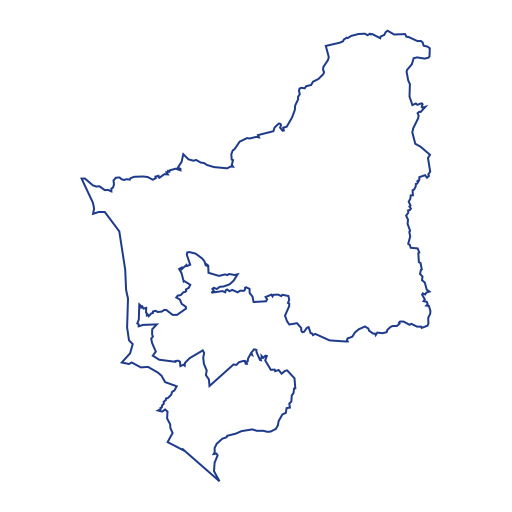 outline of Zapotitlán, Puebla, Mexico
{"feature_id": "50627088B75736372567986", "entity_name": "Zapotitlán", "entity_type": "district", "adm_level": 2, "iso_a3": "MEX", "parent_name": "Mexico", "parent_adm1": "Puebla", "projection": "mercator", "projection_center": [-97.535, 18.262], "detail": "fine", "context": "isolated", "style": "outline", "palette": "blue", "viewbox_px": 512, "rotation_deg": 0, "n_neighbors": 0, "source": "geoboundaries", "source_scale": "gbopen_adm2", "svg_char_len": 6050}
<svg xmlns="http://www.w3.org/2000/svg" viewBox="0 0 512 512"><path d="M219.5,481.3L214.0,471.2L214.6,462.7L217.6,455.4L216.5,453.6L213.7,454.0L214.7,452.3L214.6,448.0L216.7,443.8L222.3,438.7L226.5,437.3L227.2,435.8L235.6,433.7L241.6,431.1L252.3,429.4L256.8,430.8L263.4,430.8L267.2,431.8L270.6,431.6L275.9,428.9L277.9,425.3L278.6,421.2L282.3,414.5L285.8,412.9L286.6,408.1L289.9,407.6L289.3,403.6L291.3,401.7L291.8,395.4L293.5,393.1L294.1,388.5L295.3,388.3L294.5,378.3L287.2,370.4L285.0,370.9L281.6,373.7L278.6,370.0L275.2,371.2L274.6,369.6L270.8,369.8L265.2,360.4L266.8,356.0L265.4,355.7L263.2,357.8L261.6,356.0L261.8,358.0L260.4,358.6L260.9,360.2L260.0,360.0L256.5,352.0L256.4,349.9L254.1,349.3L251.3,352.7L252.1,354.9L250.5,354.0L248.1,358.5L247.7,361.3L246.3,361.7L246.9,363.8L245.6,363.7L244.9,360.9L243.1,361.0L239.0,362.2L236.4,364.9L233.5,364.5L209.5,386.0L208.9,379.4L205.9,375.1L206.7,370.5L203.9,363.9L203.2,357.4L204.2,353.1L202.8,350.4L189.6,358.2L185.0,362.9L184.7,365.7L183.5,364.7L180.4,366.1L179.9,361.6L178.1,360.7L175.5,361.0L175.4,361.8L159.1,359.7L152.8,355.7L155.8,351.6L152.1,343.0L151.2,338.7L152.9,336.6L152.1,334.5L152.2,329.3L156.8,324.4L143.1,324.9L138.7,326.3L138.7,324.4L137.3,323.4L138.8,319.6L139.3,304.4L141.1,306.0L141.3,307.4L142.3,306.5L143.5,308.6L146.2,307.9L146.0,312.5L146.9,313.5L146.9,315.4L148.0,314.9L148.7,316.2L151.2,313.5L152.9,313.0L153.0,311.5L155.5,310.8L157.7,312.0L161.7,311.6L164.3,309.9L166.4,310.0L172.6,314.9L177.0,314.9L186.0,308.6L185.8,306.7L181.7,303.9L179.9,299.5L176.3,297.5L177.7,295.6L180.7,295.1L183.3,292.3L185.2,291.9L186.2,291.0L185.9,289.5L188.8,287.8L190.3,284.8L184.5,281.2L183.7,281.6L181.5,273.0L179.1,269.0L181.7,267.6L181.8,269.1L186.3,265.1L186.4,266.0L187.4,265.9L190.2,264.7L186.8,254.8L187.3,252.4L189.5,252.1L195.6,253.6L202.3,258.6L204.4,261.2L205.7,265.3L207.3,265.9L207.2,264.8L208.2,265.6L208.5,272.8L219.0,275.9L225.1,274.4L227.5,275.1L229.0,274.0L234.7,275.0L237.6,274.3L233.6,280.7L229.5,284.4L223.5,286.5L219.8,286.8L216.8,289.0L213.8,287.8L212.4,288.9L213.8,290.9L211.4,292.7L222.6,291.1L225.2,292.3L225.9,290.1L227.2,289.5L229.4,291.2L232.2,289.9L237.7,292.3L240.1,290.7L243.9,290.8L245.1,289.4L245.1,287.7L246.2,287.3L249.5,288.9L249.7,293.1L252.5,296.6L253.6,302.0L266.0,301.3L267.1,299.4L265.6,297.0L271.5,294.6L272.5,296.4L273.5,294.8L278.2,294.6L281.2,296.1L282.4,294.8L288.4,296.0L289.2,299.7L288.0,303.0L289.2,303.6L289.2,306.1L285.0,315.7L287.0,321.2L289.3,324.5L297.0,323.2L301.2,328.0L301.2,330.5L302.4,332.2L304.2,331.7L306.7,328.0L308.6,327.1L310.6,333.1L312.2,333.6L312.9,335.1L315.2,333.9L329.6,340.4L345.7,341.5L347.7,341.4L347.0,340.1L347.5,338.5L352.3,336.7L354.9,332.5L358.7,329.3L365.0,326.5L368.4,328.6L368.9,330.5L372.9,333.5L375.2,333.7L375.7,335.1L377.3,332.6L382.5,333.2L386.6,332.2L387.4,329.8L390.5,327.0L392.2,326.1L397.0,325.9L399.6,323.6L399.0,322.6L400.1,321.5L403.6,321.6L409.6,324.8L411.3,323.8L416.9,326.6L421.2,326.7L421.7,327.9L427.5,325.7L428.4,323.6L428.2,317.9L430.2,313.7L430.4,310.9L428.9,306.0L426.4,305.6L427.7,304.3L426.8,301.8L423.6,301.2L424.8,299.3L422.1,294.7L422.8,293.4L425.1,294.5L426.5,292.5L429.4,291.6L426.7,289.6L424.8,282.5L422.0,280.2L422.5,276.6L420.0,273.9L420.9,269.9L421.8,269.4L420.5,263.0L418.9,262.1L418.3,253.3L419.3,252.5L417.6,248.4L410.7,247.8L409.9,245.1L408.2,243.8L410.2,236.5L409.3,231.9L410.1,230.8L407.6,223.9L408.0,219.6L406.1,215.7L408.3,212.7L408.1,210.4L409.9,210.0L410.9,208.5L409.4,206.6L410.5,205.6L408.7,201.6L410.3,198.9L410.7,195.4L412.9,195.3L412.6,190.2L414.1,189.5L415.7,186.5L415.9,183.9L417.2,183.6L418.5,181.3L417.7,181.0L419.3,179.8L419.4,177.1L425.1,175.2L427.0,177.7L429.0,175.9L428.3,174.3L430.2,171.7L428.0,158.0L430.0,154.8L420.7,146.8L415.3,143.8L412.3,132.4L413.2,128.3L418.2,118.2L418.6,115.5L417.6,113.2L419.2,111.8L420.6,112.0L425.4,106.8L422.5,107.6L421.7,106.9L422.6,104.2L421.6,103.3L417.3,104.8L415.8,103.5L412.4,105.1L409.5,96.6L409.9,84.1L408.2,80.4L406.6,71.8L407.0,70.0L411.8,64.3L413.7,58.2L417.1,57.4L424.7,58.6L428.4,57.7L429.5,56.4L429.8,48.3L427.5,46.6L423.6,45.7L422.6,42.4L420.9,41.0L417.5,41.1L408.6,37.0L406.5,36.8L405.1,34.1L394.1,34.5L387.6,30.7L385.7,32.1L384.3,34.9L380.6,36.6L380.2,38.2L372.2,34.0L370.8,34.5L369.9,33.7L367.6,35.2L364.9,33.7L358.6,34.0L351.2,35.9L347.7,38.1L346.6,37.7L343.8,39.6L343.0,41.3L339.8,42.7L325.8,45.9L328.8,57.2L327.9,60.2L323.4,66.9L323.0,69.7L324.1,72.1L323.3,74.1L318.4,79.0L313.0,81.7L311.1,85.0L306.2,86.2L304.7,88.3L301.2,87.8L299.5,88.6L299.0,91.1L299.8,94.2L298.0,96.9L298.2,99.2L295.2,105.4L294.8,110.0L292.1,117.4L286.7,126.7L283.2,127.7L283.8,130.5L282.5,130.7L280.1,127.6L281.0,125.3L280.5,123.9L278.8,123.5L274.6,127.5L273.4,131.2L258.0,135.1L259.0,137.4L256.2,136.9L249.6,138.5L247.0,138.1L239.6,141.7L234.4,149.4L232.8,150.3L231.3,154.2L231.7,159.6L233.0,160.1L231.8,165.0L233.0,166.7L230.5,166.6L227.2,168.3L214.0,167.1L207.0,165.0L204.0,163.0L200.8,162.6L196.2,160.0L193.4,160.7L188.4,159.3L183.3,154.2L181.6,161.8L177.7,167.9L180.4,168.7L180.5,170.3L175.7,168.7L169.6,170.4L169.4,171.6L168.1,171.0L168.0,171.9L166.4,172.2L167.8,174.4L164.3,174.2L158.8,178.3L159.9,177.3L158.7,177.3L158.5,175.8L155.4,176.6L155.8,178.2L152.8,179.7L147.6,177.0L143.1,176.5L134.1,176.8L130.4,178.3L129.8,179.6L126.5,179.2L124.2,180.0L121.5,179.2L119.6,177.5L115.9,177.7L113.5,180.5L114.0,184.5L113.0,187.5L111.4,188.6L111.4,191.4L108.2,190.0L104.7,190.1L99.5,186.3L96.3,186.5L92.9,185.4L84.9,178.5L81.6,178.6L92.9,202.7L94.1,208.4L93.1,213.8L98.6,212.0L104.8,212.0L119.3,231.4L125.2,269.7L126.1,289.9L128.0,298.7L127.1,327.4L129.0,340.3L132.7,344.1L130.1,353.3L121.8,362.5L129.0,364.0L131.7,362.5L140.9,367.4L148.0,366.9L157.8,372.5L161.5,375.7L165.1,382.1L176.7,386.3L174.3,390.6L172.2,391.7L171.1,394.9L167.8,398.1L166.0,398.5L165.9,400.0L163.7,401.8L163.8,403.8L162.1,405.4L161.8,407.4L160.5,407.9L160.6,409.1L158.0,410.5L162.2,411.6L165.1,409.5L167.5,411.6L167.1,418.4L170.2,424.4L170.3,427.8L172.6,433.0L167.6,442.1L182.6,449.9L182.0,448.5L219.5,481.3Z" fill="none" stroke="#1e3a8a" stroke-width="2"/></svg>